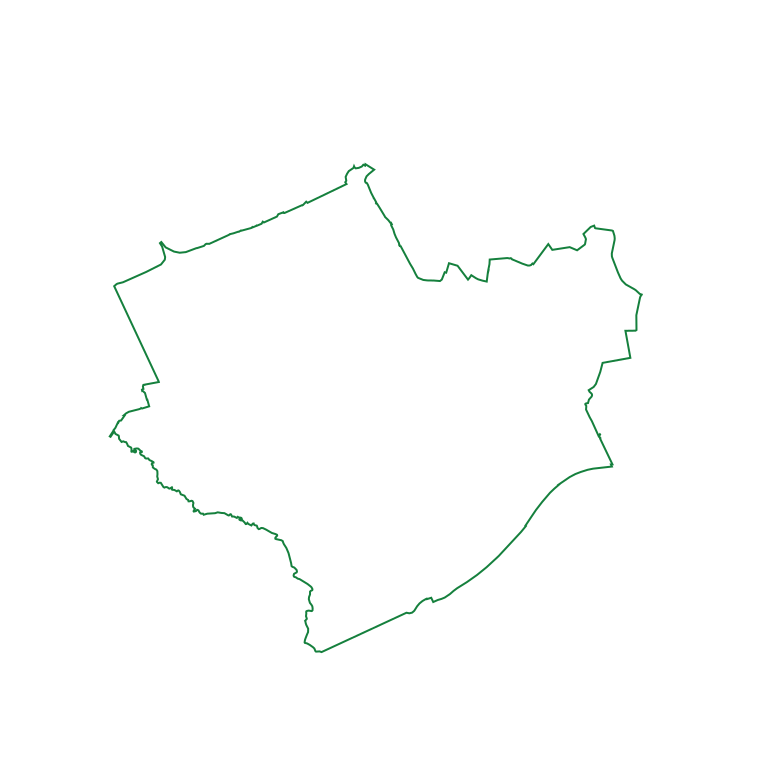 Eindhoven, Noord-Brabant, Netherlands, rotated 156°
{"feature_id": "6326949B83457760015598", "entity_name": "Eindhoven", "entity_type": "district", "adm_level": 2, "iso_a3": "NLD", "parent_name": "Netherlands", "parent_adm1": "Noord-Brabant", "projection": "orthographic", "projection_center": [5.479, 51.449], "detail": "fine", "context": "isolated", "style": "outline", "palette": "green", "viewbox_px": 768, "rotation_deg": 156, "n_neighbors": 0, "source": "geoboundaries", "source_scale": "gbopen_adm2", "svg_char_len": 6154}
<svg xmlns="http://www.w3.org/2000/svg" viewBox="0 0 768 768"><g transform="rotate(156 384 384)"><path d="M209.4,215.9L209.4,218.2L208.0,217.7L208.8,246.3L208.3,246.6L208.8,248.7L207.1,250.0L207.2,250.3L209.1,249.2L209.2,265.5L209.6,269.8L209.8,278.5L208.4,281.1L208.1,282.0L208.4,283.2L208.3,283.8L207.3,284.1L205.4,283.6L203.1,286.4L199.4,288.1L198.5,289.1L198.2,290.1L198.5,291.3L199.4,293.3L199.5,295.1L193.7,296.0L190.4,297.8L181.5,307.1L175.7,314.4L148.3,307.7L141.8,334.4L132.5,330.4L131.4,330.6L125.5,344.2L115.1,358.6L113.8,360.0L112.9,360.3L112.2,360.9L113.7,362.3L115.9,367.4L116.8,368.8L122.6,376.6L124.5,381.6L124.9,384.2L124.9,390.9L124.1,406.3L123.9,407.9L122.8,410.6L114.8,421.7L114.0,423.2L113.2,425.7L112.6,430.7L113.3,431.5L127.4,440.2L127.8,440.7L127.6,443.2L131.3,443.4L140.8,439.9L140.5,435.8L140.6,434.2L143.4,430.1L143.9,429.7L153.2,427.6L158.7,433.5L175.7,438.1L177.0,445.0L198.8,432.7L199.4,433.7L201.2,432.9L202.7,433.0L204.4,433.7L208.7,437.7L216.4,445.9L216.5,446.7L217.0,447.4L218.0,447.5L220.1,448.9L236.8,454.7L238.9,450.6L242.3,445.8L242.1,445.6L243.0,444.4L243.0,444.7L243.4,444.2L248.5,435.8L251.9,438.3L255.4,441.3L257.0,443.3L260.0,447.9L262.9,446.1L264.8,445.2L268.7,462.1L275.5,467.9L281.9,460.4L283.1,461.4L288.7,455.9L291.0,455.3L296.5,458.3L302.3,461.0L305.8,463.1L309.7,467.1L310.1,468.3L310.4,471.7L310.6,477.7L311.3,483.2L312.7,503.1L313.5,503.6L313.6,504.8L313.2,505.0L313.2,506.0L313.0,506.7L313.4,513.0L313.3,516.9L312.7,521.4L312.9,525.9L312.8,526.5L311.9,526.6L312.0,528.5L312.6,528.6L313.4,531.9L315.1,536.2L315.1,537.1L316.3,546.6L317.0,551.4L317.7,551.9L317.8,552.6L317.2,553.1L317.6,557.8L317.8,557.9L317.7,558.3L318.0,563.8L317.7,572.8L318.0,574.7L318.8,575.3L318.9,576.0L318.8,577.1L318.1,578.4L315.5,580.8L312.4,582.0L305.8,583.8L311.6,592.4L312.5,591.2L313.7,592.7L315.8,591.7L319.1,591.7L322.1,592.5L322.8,593.9L322.8,595.1L324.0,593.8L329.6,592.8L332.2,591.1L334.8,588.8L335.8,585.0L337.3,584.1L336.9,581.9L380.2,580.6L380.9,582.2L385.1,580.5L385.9,580.4L386.1,580.7L405.4,580.7L406.6,581.4L406.4,581.8L411.5,582.1L413.7,580.5L428.0,580.4L428.7,581.6L430.7,580.2L435.9,580.3L436.0,580.6L437.1,580.4L440.4,580.5L440.5,580.9L441.8,580.5L452.2,582.1L452.3,582.4L454.7,582.1L455.0,582.4L460.3,582.9L464.0,583.6L464.2,583.4L466.2,583.3L486.6,583.1L489.1,584.3L490.1,584.3L492.4,583.4L499.6,584.2L500.0,584.4L511.4,585.1L517.2,587.0L522.0,590.4L527.9,597.6L529.7,604.3L531.4,603.8L530.8,599.8L532.3,589.0L533.7,586.7L539.1,583.9L555.6,583.1L581.1,583.1L586.7,584.1L587.8,584.0L590.7,583.1L588.8,478.0L588.9,477.4L603.5,480.9L603.5,480.7L604.3,480.9L605.2,479.9L605.8,477.4L606.4,477.5L607.5,477.2L607.7,476.0L607.3,476.0L606.0,473.0L607.0,466.1L606.6,466.0L607.6,459.1L614.9,460.0L615.6,460.8L616.0,460.5L617.9,460.6L628.4,462.4L631.5,462.1L634.1,461.3L633.9,461.2L633.6,460.8L639.0,457.6L640.9,458.1L642.5,456.7L642.7,457.1L647.2,453.2L649.9,451.8L649.9,451.5L655.8,447.7L655.3,447.0L649.8,450.4L649.6,447.6L647.4,444.8L647.5,444.0L648.3,441.7L647.3,437.8L645.6,437.7L644.3,436.4L643.2,435.7L643.0,433.4L643.1,431.6L640.9,428.8L640.9,428.3L641.2,427.0L642.2,425.2L642.2,424.8L641.7,424.6L640.9,424.9L640.1,424.8L640.1,424.6L640.2,424.1L639.9,423.3L639.2,422.7L638.6,422.7L638.2,422.9L637.7,423.7L638.7,425.5L638.7,426.1L638.0,426.2L636.2,425.7L635.0,425.1L634.6,424.6L633.6,422.0L632.7,421.0L632.7,420.7L633.0,420.3L634.5,420.7L634.9,420.3L635.0,419.1L634.7,418.1L632.6,415.6L632.3,413.4L631.7,412.7L629.7,411.9L629.2,409.9L627.6,408.1L626.4,406.4L626.5,405.9L628.3,405.9L628.8,405.3L628.8,404.4L628.3,403.8L629.1,401.8L628.0,399.8L626.8,398.4L626.5,396.6L627.6,393.8L628.8,391.7L629.2,389.0L631.2,387.2L631.2,386.7L630.6,385.2L629.1,385.1L628.1,384.5L627.4,379.6L626.8,378.7L625.8,378.7L624.4,378.2L623.8,377.6L623.0,376.1L622.3,375.6L619.8,375.9L619.8,375.3L620.6,374.1L620.5,373.5L618.6,372.5L616.9,370.2L615.8,370.5L615.0,370.3L614.7,369.7L614.4,368.3L614.5,365.9L611.7,363.1L611.2,359.3L610.1,357.7L610.3,356.3L609.4,355.9L607.3,355.6L606.6,355.0L606.5,354.3L606.5,352.8L607.7,351.2L608.3,349.4L608.0,348.1L607.4,346.9L609.4,345.6L609.7,345.2L609.6,344.8L607.5,344.4L606.1,345.0L605.5,344.8L604.9,343.9L604.7,341.6L604.5,341.1L603.9,340.0L602.1,339.2L601.9,337.9L598.2,337.4L590.9,334.7L588.1,334.4L585.1,332.4L582.3,330.9L579.6,327.2L578.9,327.0L577.7,327.5L577.0,327.4L576.8,327.0L576.7,324.7L574.9,323.9L572.9,321.5L571.6,322.1L571.1,321.2L569.6,320.4L568.9,319.8L568.7,319.2L568.8,318.6L570.8,319.3L571.2,319.1L571.2,318.7L570.5,317.8L568.7,316.8L567.7,314.3L567.3,312.3L566.8,312.1L565.2,312.7L565.1,311.8L564.8,311.3L562.7,308.7L560.7,309.8L559.8,309.6L559.9,308.7L559.7,307.8L557.9,306.4L557.8,305.8L558.1,304.0L557.5,302.4L556.7,302.2L554.7,302.4L553.2,301.6L551.0,299.0L547.0,293.5L544.1,291.0L543.1,289.8L543.1,289.3L543.3,288.9L545.7,287.8L546.2,286.9L545.8,286.3L541.3,283.0L540.4,281.6L540.6,280.2L540.6,278.4L539.9,273.9L540.0,268.3L541.7,258.2L542.5,255.2L542.0,254.2L540.6,252.8L539.5,249.8L539.7,248.3L540.0,247.8L540.5,247.4L543.3,247.2L544.4,246.0L544.6,245.0L544.4,244.3L543.1,243.2L542.0,241.3L540.5,240.1L539.6,238.8L535.2,232.4L533.2,228.6L532.9,227.7L532.8,225.9L533.1,225.1L533.5,224.8L535.1,224.8L536.0,224.4L537.2,221.8L539.1,219.9L540.2,218.0L540.7,214.2L540.1,211.9L539.9,210.1L540.4,208.2L541.3,206.4L542.0,206.0L542.5,206.0L544.9,207.6L546.6,208.0L547.4,207.9L547.8,207.4L548.4,205.8L549.7,203.6L549.9,201.3L550.1,200.8L552.4,199.7L552.3,199.3L552.8,197.4L553.0,195.5L552.8,191.3L554.3,188.2L556.3,186.4L559.3,183.4L560.3,182.3L561.6,180.3L561.6,179.7L559.7,178.2L557.9,175.8L555.9,172.4L555.2,170.7L555.3,167.9L555.0,167.2L551.6,165.9L550.1,164.5L456.5,165.9L454.1,164.2L451.3,163.7L448.6,164.5L444.1,167.5L440.8,169.1L437.1,170.1L433.4,170.5L432.3,170.5L432.3,170.0L427.8,169.5L427.7,164.8L422.7,164.8L418.9,164.3L415.4,164.2L409.1,165.3L404.6,166.7L400.2,167.7L388.8,169.3L376.7,171.7L364.8,174.9L349.2,180.2L319.0,193.1L312.2,196.5L312.5,197.0L303.3,202.8L296.4,207.1L287.5,211.9L276.6,217.1L271.0,219.1L265.0,220.9L265.2,221.1L252.0,223.5L245.8,223.9L239.9,223.6L232.9,222.8L227.4,221.6L209.4,215.9Z" fill="none" stroke="#15803d" stroke-width="2"/></g></svg>